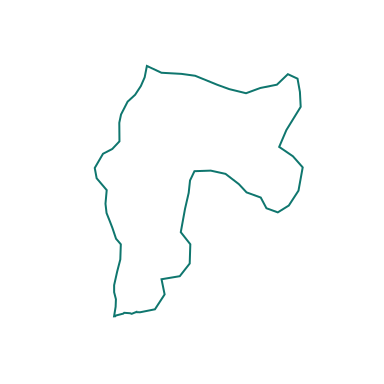 Tsakistra, Nicosia, Cyprus (Robinson projection), rotated 290°
{"feature_id": "46923920B65404005365686", "entity_name": "Tsakistra", "entity_type": "district", "adm_level": 2, "iso_a3": "CYP", "parent_name": "Cyprus", "parent_adm1": "Nicosia", "projection": "robinson", "projection_center": [32.721, 35.001], "detail": "fine", "context": "isolated", "style": "outline", "palette": "teal", "viewbox_px": 384, "rotation_deg": 290, "n_neighbors": 0, "source": "geoboundaries", "source_scale": "gbopen_adm2", "svg_char_len": 1019}
<svg xmlns="http://www.w3.org/2000/svg" viewBox="0 0 384 384"><g transform="rotate(290 192 192)"><path d="M295.0,106.5L283.6,108.3L274.1,107.7L263.9,105.3L254.9,100.6L240.6,98.8L232.2,100.0L214.8,106.5L205.2,102.4L197.5,95.3L181.3,92.4L172.3,97.7L164.6,111.2L151.4,114.7L143.0,118.9L136.4,124.8L131.0,129.5L122.1,136.6L118.5,143.0L104.1,147.7L91.6,148.9L77.8,150.7L71.2,153.1L65.2,157.2L58.0,159.5L48.5,161.3L49.0,162.4L49.9,162.7L54.2,169.0L55.3,169.6L56.9,175.3L56.9,177.0L59.8,180.2L59.7,180.2L60.0,180.6L61.2,184.3L69.1,197.3L86.4,201.3L99.6,193.2L108.7,209.3L124.0,214.3L142.3,208.3L150.4,195.2L173.8,191.2L190.0,189.2L202.2,186.2L212.4,187.2L218.5,202.3L220.5,217.3L215.4,233.4L210.3,243.4L210.3,258.5L202.2,267.5L202.2,279.6L212.4,287.6L229.7,291.6L253.0,287.6L260.1,274.6L264.2,258.5L282.5,259.5L309.2,265.0L322.9,259.2L334.6,252.4L335.5,241.8L321.9,235.1L313.1,220.6L303.3,209.0L301.4,191.7L301.4,179.2L302.3,155.2L299.4,141.7L293.6,122.5L295.0,106.5Z" fill="none" stroke="#0f766e" stroke-width="2"/></g></svg>